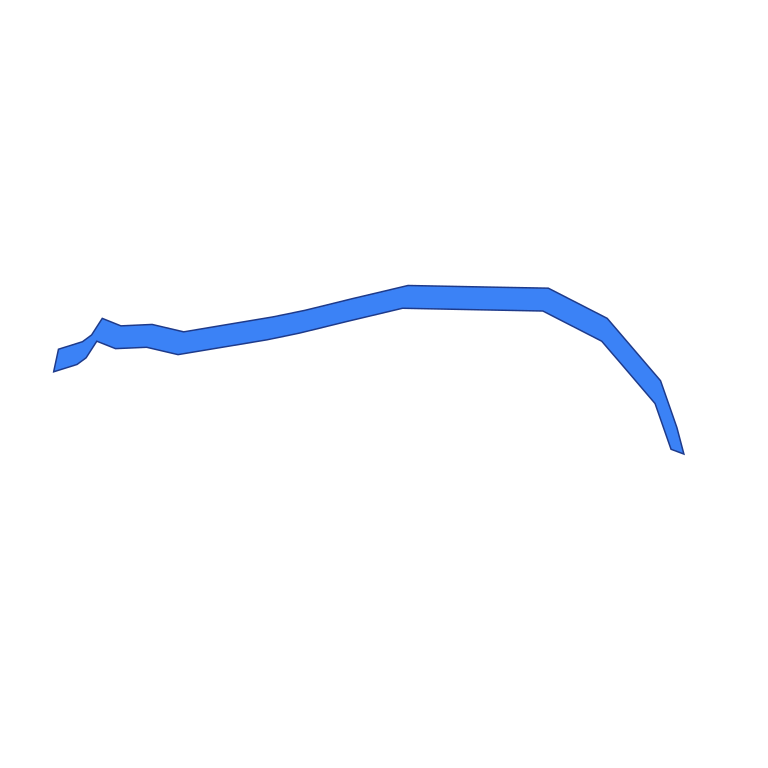 Port Suez Police Department, Egypt, rotated 306°
{"feature_id": "37247803B57319556498410", "entity_name": "Port Suez Police Department", "entity_type": "district", "adm_level": 2, "iso_a3": "EGY", "parent_name": "Egypt", "parent_adm1": "", "projection": "natural_earth1", "projection_center": [32.595, 29.881], "detail": "fine", "context": "isolated", "style": "filled", "palette": "blue", "viewbox_px": 768, "rotation_deg": 306, "n_neighbors": 0, "source": "geoboundaries", "source_scale": "gbopen_adm2", "svg_char_len": 651}
<svg xmlns="http://www.w3.org/2000/svg" viewBox="0 0 768 768"><g transform="rotate(306 384 384)"><path d="M220.8,100.2L219.7,100.7L200.3,109.3L199.7,109.6L207.0,115.0L219.4,124.2L230.1,127.6L249.8,126.5L254.8,146.0L274.2,170.4L286.7,200.1L350.9,263.3L367.8,278.7L375.5,285.7L413.3,317.7L456.2,354.5L500.0,417.4L536.4,469.6L546.6,535.0L543.2,549.2L540.3,561.6L527.5,614.8L499.9,654.6L503.6,667.8L520.9,646.6L549.2,605.8L568.3,526.0L558.1,460.6L521.7,408.5L477.8,345.5L435.0,308.7L397.1,276.7L372.6,254.3L308.4,191.2L295.9,161.4L276.4,137.0L271.5,117.5L251.8,118.6L241.0,115.2L220.8,100.2Z" fill="#3b82f6" stroke="#1e3a8a" stroke-width="1.5"/></g></svg>